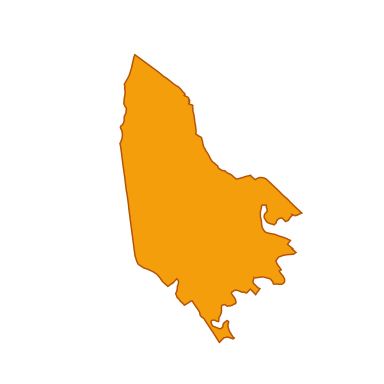 Calui, Olt, Romania, rotated 59°
{"feature_id": "2599482B47257353667324", "entity_name": "Calui", "entity_type": "district", "adm_level": 2, "iso_a3": "ROU", "parent_name": "Romania", "parent_adm1": "Olt", "projection": "robinson", "projection_center": [24.053, 44.456], "detail": "fine", "context": "isolated", "style": "filled", "palette": "amber", "viewbox_px": 384, "rotation_deg": 59, "n_neighbors": 0, "source": "geoboundaries", "source_scale": "gbopen_adm2", "svg_char_len": 6080}
<svg xmlns="http://www.w3.org/2000/svg" viewBox="0 0 384 384"><g transform="rotate(59 192 192)"><path d="M335.0,246.0L333.4,239.8L334.7,236.1L339.1,232.4L338.9,231.0L337.4,231.6L333.9,231.6L330.4,231.6L327.1,230.8L325.3,230.2L324.1,229.4L322.7,227.8L321.9,227.4L320.4,228.0L320.2,228.2L320.5,230.3L320.6,231.4L320.7,232.0L320.9,232.7L321.3,233.3L322.9,234.6L323.5,235.2L324.0,237.3L323.7,237.9L323.6,238.5L323.1,239.1L317.4,243.3L315.4,243.3L313.1,242.6L312.6,242.2L312.4,241.5L312.4,240.9L312.8,239.6L313.1,239.1L314.1,238.2L315.2,237.6L316.0,236.9L316.3,236.4L316.7,236.1L316.6,235.7L315.9,235.2L315.1,234.6L314.3,234.2L313.6,233.6L312.7,232.0L310.9,229.4L309.7,228.4L308.1,227.3L307.2,227.0L305.4,225.7L304.5,224.7L305.2,222.1L308.2,220.4L308.5,219.2L309.3,218.0L309.5,216.7L309.8,215.9L309.8,215.6L309.7,214.5L309.7,213.7L310.1,212.9L310.1,212.4L309.9,212.0L309.5,211.2L309.1,211.0L307.3,210.5L306.2,210.1L303.5,210.1L300.4,210.5L299.1,210.4L298.7,210.0L298.4,209.5L298.3,208.7L298.3,205.7L298.9,204.9L299.4,203.9L300.3,203.3L300.6,203.0L303.2,201.1L303.9,200.4L304.4,199.3L304.7,198.9L305.4,198.3L306.6,197.5L306.6,196.8L305.3,192.0L312.8,190.3L311.9,188.6L311.5,187.8L310.6,185.2L309.8,183.6L308.4,184.6L307.3,185.0L305.5,185.4L302.5,186.2L301.6,186.2L300.9,186.1L300.2,185.9L299.5,185.4L298.8,184.4L297.2,182.9L297.7,182.5L298.4,181.6L301.2,175.0L302.1,174.1L305.6,170.7L306.4,170.0L306.9,169.7L307.5,169.5L308.8,169.4L310.5,169.0L312.5,169.6L313.2,169.2L313.5,168.8L314.5,166.7L316.0,164.7L316.8,163.3L317.3,162.5L317.4,161.9L317.4,161.4L317.4,160.9L317.2,160.2L316.9,159.5L316.6,158.9L315.3,158.0L314.5,157.6L313.9,157.4L310.3,157.3L309.8,157.4L308.4,157.7L305.5,158.0L304.6,157.9L304.6,155.6L297.8,156.1L294.2,155.6L292.4,151.4L293.3,146.4L294.4,143.5L297.6,137.0L297.4,134.0L292.7,135.5L292.7,134.8L286.1,137.1L284.2,132.6L280.7,134.9L278.2,136.8L276.2,138.6L274.8,139.9L272.9,141.4L271.6,142.2L266.5,147.8L264.6,149.5L263.2,150.0L261.1,150.2L259.0,150.1L257.2,149.7L252.6,147.5L248.5,146.1L244.6,143.9L241.8,141.2L239.5,139.2L239.4,138.5L240.1,137.4L240.8,136.2L241.6,135.1L242.4,135.7L243.1,136.0L244.1,136.3L244.9,136.4L246.0,136.8L247.4,137.8L247.6,138.4L248.3,140.8L248.5,141.3L249.4,142.2L250.6,143.1L251.5,143.4L252.8,143.4L256.0,143.3L256.9,143.0L258.8,141.8L261.9,138.9L262.5,138.5L262.3,138.2L262.0,136.1L260.8,134.9L260.1,133.6L259.7,132.5L259.6,130.9L260.1,129.1L260.8,128.2L262.1,127.8L265.5,127.1L265.7,125.5L266.0,124.7L265.7,123.3L265.1,122.4L264.5,121.3L263.9,119.1L263.8,118.2L263.7,118.0L263.4,117.9L262.9,117.9L263.2,117.7L264.0,116.8L264.9,116.3L265.6,115.4L266.0,113.8L266.0,113.2L266.1,112.6L266.1,111.7L266.1,111.0L266.3,110.5L266.6,108.7L254.5,112.2L253.6,112.3L251.3,113.0L248.9,113.4L245.5,114.3L244.1,114.9L241.6,115.7L235.7,117.1L219.8,121.5L218.3,122.1L217.4,122.8L216.3,123.9L215.1,125.4L214.4,126.6L214.1,127.5L213.9,130.3L214.0,131.4L213.4,131.7L210.2,132.7L209.1,133.1L208.2,133.1L207.8,133.1L207.4,134.8L206.8,136.5L206.0,139.4L206.0,139.9L205.7,140.8L205.5,141.7L204.4,145.4L204.1,146.9L204.0,147.1L203.6,147.3L201.1,148.4L199.3,148.8L197.2,149.6L196.6,150.0L195.8,150.4L195.5,150.8L194.3,151.6L192.6,152.4L190.8,152.9L190.4,153.2L190.1,153.6L189.9,153.9L189.6,154.7L189.1,155.2L187.9,155.6L187.4,156.0L186.5,156.5L185.1,157.0L184.6,157.0L184.2,157.0L183.1,156.6L182.8,156.6L180.5,157.5L178.5,158.0L177.6,158.5L176.0,159.0L173.2,159.1L170.1,158.8L167.5,158.7L166.1,158.8L164.1,158.8L163.2,159.0L162.9,158.9L162.1,158.6L160.4,158.8L159.5,158.7L158.8,158.6L156.5,157.9L154.3,157.1L152.0,156.4L150.6,155.9L149.4,156.2L146.9,157.7L144.7,158.6L144.1,158.9L144.0,158.7L143.4,158.2L142.0,157.2L141.1,156.7L135.7,154.3L133.9,153.8L130.6,152.2L125.9,150.3L123.8,149.7L122.1,149.1L121.5,148.7L121.1,148.2L119.8,147.9L119.2,147.7L118.5,146.8L117.9,146.8L117.6,147.0L115.4,149.0L114.6,149.5L114.4,149.4L114.4,149.2L114.4,148.8L114.2,148.2L113.9,147.8L113.5,147.7L112.7,148.1L112.4,147.9L112.3,147.5L112.3,147.0L112.3,146.8L111.9,146.8L111.7,147.2L111.4,147.2L111.0,147.0L110.5,146.9L110.4,146.7L110.1,146.5L109.2,146.6L108.3,146.9L107.0,147.8L105.3,149.1L105.2,148.9L105.1,148.2L105.0,147.9L104.5,147.7L104.0,147.6L102.1,148.0L101.5,148.3L99.0,148.5L97.9,148.7L94.8,149.6L93.9,149.9L93.4,150.6L88.8,152.5L86.1,153.4L81.4,155.2L79.2,156.3L78.4,156.8L77.1,157.2L70.9,159.4L68.0,160.6L44.9,170.3L45.3,170.9L46.1,171.8L47.4,173.2L52.6,178.2L53.4,178.9L53.5,178.8L58.7,184.6L59.8,186.0L60.9,187.7L61.4,188.4L62.3,190.1L62.6,190.7L64.3,193.5L64.5,194.0L65.2,194.8L66.1,194.9L67.1,195.2L68.3,196.2L68.8,196.5L70.9,197.3L71.8,197.8L74.6,199.8L75.2,200.3L75.7,200.9L76.9,201.8L78.4,203.1L79.8,203.8L80.0,203.9L80.8,204.8L81.4,204.9L81.8,205.1L82.9,205.1L84.9,205.4L85.4,205.1L86.0,205.1L87.5,205.7L87.9,206.3L88.8,207.0L89.7,207.3L91.5,209.7L91.7,210.4L92.3,211.0L92.8,211.3L93.5,212.0L93.8,212.1L94.8,212.7L96.4,213.8L97.3,214.9L98.4,216.7L98.8,219.0L99.2,219.6L99.8,220.1L100.2,220.3L103.2,220.6L103.7,220.7L104.6,220.8L105.0,221.0L105.5,221.5L105.9,221.7L106.4,221.9L106.9,221.9L107.2,222.1L108.3,223.1L109.0,223.5L110.0,224.3L111.4,226.2L112.1,226.8L112.9,228.0L113.2,228.7L117.1,230.1L135.5,238.2L145.7,242.5L150.7,244.8L157.8,247.9L159.2,248.3L165.6,251.0L170.6,253.2L172.8,254.3L186.2,260.2L193.4,263.3L211.8,271.3L217.4,273.7L218.6,274.0L222.4,274.9L224.6,275.2L225.9,275.3L227.0,275.0L231.7,272.7L232.7,272.0L234.7,270.3L237.9,268.0L239.2,267.1L240.4,266.4L244.3,264.5L245.2,264.3L248.8,263.7L253.5,263.4L260.5,261.3L260.0,256.1L260.3,256.0L260.1,254.8L258.5,249.7L258.9,249.6L260.8,249.4L261.6,249.6L262.5,250.1L263.7,251.0L265.3,253.1L266.3,253.8L267.5,254.6L268.4,255.4L269.4,256.4L270.5,258.1L270.8,258.4L272.7,258.6L274.5,259.0L275.1,259.0L276.9,258.4L277.4,258.3L278.5,258.4L280.0,258.1L282.7,257.3L283.9,257.0L284.7,257.0L285.1,256.8L285.2,256.5L285.0,249.1L285.4,248.0L286.0,247.9L288.7,247.9L296.2,247.4L298.4,247.4L299.1,247.4L300.5,248.0L301.4,248.3L302.0,248.4L303.2,248.3L304.1,248.2L304.8,247.9L305.9,247.2L306.4,247.0L319.5,246.5L325.4,246.2L331.9,246.1L335.0,246.0Z" fill="#f59e0b" stroke="#b45309" stroke-width="1.5"/></g></svg>